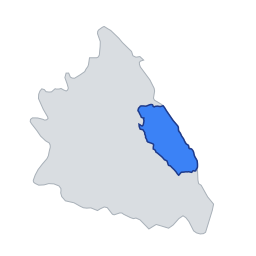 where West Bosnia sits in Bosnia and Herzegovina, rotated 190°
{"feature_id": "BIH-2224", "entity_name": "West Bosnia", "entity_type": "Canton", "adm_level": 1, "iso_a3": "BIH", "parent_name": "Bosnia and Herzegovina", "parent_adm1": "", "projection": "orthographic", "projection_center": [16.924, 43.992], "detail": "fine", "context": "in_parent", "style": "filled", "palette": "blue", "viewbox_px": 256, "rotation_deg": 190, "n_neighbors": 0, "source": "natural_earth", "source_scale": "10m", "svg_char_len": 3444}
<svg xmlns="http://www.w3.org/2000/svg" viewBox="0 0 256 256"><g transform="rotate(190 128 128)"><path d="M211.7,58.4L212.2,60.0L211.2,65.6L209.3,71.5L206.0,77.8L202.5,83.7L201.6,86.8L201.5,91.7L201.2,95.6L201.7,97.7L203.0,99.6L207.0,101.1L212.6,104.8L217.4,109.7L223.5,115.2L225.4,117.3L225.5,119.6L223.8,121.4L218.7,122.2L213.4,121.8L211.4,121.3L209.5,122.0L208.4,123.4L209.0,124.9L214.7,131.7L221.3,141.5L221.8,145.8L221.1,149.2L219.7,151.6L217.1,151.3L215.0,149.5L212.0,149.7L209.6,150.3L206.6,154.0L205.1,153.9L202.4,154.5L200.8,155.3L198.1,154.3L195.3,153.7L194.1,154.8L193.7,156.9L195.5,160.7L198.9,166.7L198.5,171.3L196.0,171.8L193.6,168.1L191.6,167.5L189.3,167.7L184.2,172.2L180.4,176.0L179.6,178.7L178.2,181.6L177.9,183.6L178.1,190.5L171.1,191.7L169.7,192.7L168.9,194.8L169.6,203.6L170.3,208.3L174.4,215.6L174.6,217.9L174.0,219.4L171.2,222.3L169.9,223.4L169.0,223.8L164.3,221.9L162.0,221.1L152.6,214.8L148.4,211.2L141.8,206.7L137.8,204.0L135.7,200.0L132.5,199.1L128.7,200.4L124.4,197.6L127.4,196.0L128.2,194.6L127.8,192.7L126.4,190.2L114.8,179.2L109.2,171.7L108.2,169.0L108.1,161.8L106.8,160.0L98.4,156.8L89.0,147.4L79.4,138.2L78.1,135.6L73.2,128.7L67.2,122.3L62.4,118.3L58.5,113.6L54.2,107.2L52.0,97.5L50.1,88.9L48.8,85.5L46.0,84.3L37.6,74.0L30.5,67.9L30.7,61.5L32.0,50.9L33.5,38.8L35.3,37.1L38.5,36.2L42.3,36.6L45.5,38.1L51.8,46.5L55.5,49.8L58.6,51.1L62.2,47.6L66.7,40.3L70.6,36.4L83.5,37.9L89.9,32.2L100.2,39.6L104.5,40.7L106.9,39.7L110.1,40.2L117.4,42.3L119.1,43.2L121.2,43.0L126.6,40.1L128.4,40.4L134.6,46.0L137.7,46.1L141.3,43.6L143.7,41.4L150.7,42.9L154.8,41.9L158.1,41.7L161.7,42.7L165.1,43.9L168.3,45.0L177.0,45.4L181.3,48.9L183.0,52.4L183.1,54.5L183.6,56.8L186.0,59.0L191.3,60.1L194.6,59.7L196.4,59.5L200.8,57.4L206.0,56.2L209.9,57.3L211.7,58.4Z" fill="#d9dde1" stroke="#a8b0b8" stroke-width="1"/><path d="M62.4,118.4L61.8,118.4L61.4,118.1L60.8,117.6L59.8,116.6L59.1,115.4L58.0,112.6L57.2,111.3L55.1,108.9L54.2,107.7L53.3,104.6L52.9,102.4L52.8,101.3L53.0,100.6L53.5,99.4L53.7,98.8L53.8,97.7L54.1,97.5L54.7,97.2L55.9,97.4L56.6,97.1L56.9,96.5L57.6,95.4L58.8,95.4L60.7,95.5L61.8,95.1L63.5,94.9L65.2,94.3L67.7,93.7L68.5,92.7L69.6,90.6L70.0,90.3L71.6,91.6L73.0,93.1L75.2,94.9L78.3,97.0L79.7,98.1L80.9,98.1L81.7,98.4L82.3,99.3L82.9,100.6L83.9,102.3L85.7,102.9L86.6,103.0L87.8,104.1L89.8,105.6L92.4,107.1L94.8,108.5L96.3,109.1L97.1,110.6L98.3,111.4L99.5,111.7L99.8,113.5L99.8,115.8L100.6,116.7L102.0,117.0L106.7,117.8L106.7,117.7L107.0,118.7L107.9,120.3L108.8,121.3L109.2,122.0L109.2,123.0L109.9,124.1L110.0,124.4L110.5,124.9L110.7,126.4L111.3,127.0L112.2,128.0L113.1,128.9L114.3,128.9L115.8,129.0L117.2,131.3L117.5,132.4L117.5,132.6L117.8,133.6L116.3,133.1L115.4,132.5L114.1,132.6L113.9,133.0L113.6,133.7L113.5,135.1L113.5,135.6L113.5,137.0L113.5,137.9L114.1,139.0L114.1,139.8L114.1,140.6L114.6,140.6L115.4,140.5L116.8,140.9L117.6,142.3L119.2,144.3L119.9,145.5L120.5,146.0L121.2,146.8L121.2,147.2L121.2,147.9L121.0,149.4L120.3,150.4L119.6,151.7L118.5,152.1L116.7,152.4L115.3,152.5L114.1,152.6L112.4,153.6L111.2,154.4L109.4,155.2L108.0,155.2L107.4,154.6L107.1,153.7L105.9,153.3L105.0,154.0L102.7,154.7L100.1,154.7L99.6,154.9L97.3,156.0L95.6,154.5L93.1,151.6L85.0,143.3L79.4,138.7L78.6,137.6L78.2,136.0L78.0,134.9L77.6,133.8L75.5,131.9L73.9,129.5L71.4,127.0L70.0,124.8L69.4,124.0L68.6,123.0L67.7,122.3L65.5,121.5L65.1,120.7L64.9,119.6L64.2,118.5L63.7,118.3L62.4,118.4Z" fill="#3b82f6" stroke="#1e3a8a" stroke-width="1.5"/></g></svg>